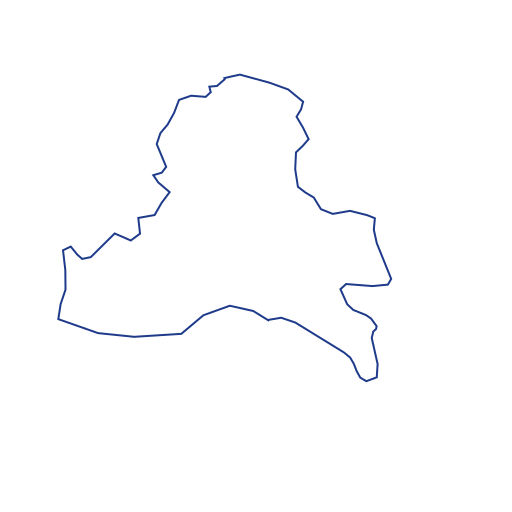 the District of Causeni, rotated 302°
{"feature_id": "MDA-1649", "entity_name": "Causeni", "entity_type": "District", "adm_level": 1, "iso_a3": "MDA", "parent_name": "Moldova", "parent_adm1": "", "projection": "equal_earth", "projection_center": [29.315, 46.605], "detail": "fine", "context": "isolated", "style": "outline", "palette": "blue", "viewbox_px": 512, "rotation_deg": 302, "n_neighbors": 0, "source": "natural_earth", "source_scale": "10m", "svg_char_len": 1231}
<svg xmlns="http://www.w3.org/2000/svg" viewBox="0 0 512 512"><g transform="rotate(302 256 256)"><path d="M217.1,422.7L208.3,415.9L208.1,408.9L211.7,402.4L216.4,396.1L219.8,389.6L220.8,381.7L220.4,324.6L217.0,310.1L208.6,300.6L208.0,300.6L208.0,300.4L207.9,282.8L199.9,260.1L177.9,242.8L150.4,233.9L122.9,195.5L106.9,162.9L97.7,121.8L111.7,115.8L126.5,112.3L143.1,101.7L158.6,89.3L165.8,93.9L162.5,103.6L161.4,110.1L167.5,116.5L200.2,124.2L202.8,141.6L213.5,145.8L225.9,136.0L237.0,148.3L251.0,147.8L264.4,148.9L266.6,134.1L270.1,126.1L276.7,131.9L284.0,132.6L298.3,112.5L309.5,109.8L320.7,111.4L334.0,110.7L347.6,108.0L357.5,116.0L364.3,129.0L370.9,130.8L374.9,126.7L379.5,132.8L389.3,135.8L390.1,134.9L390.3,135.1L395.2,140.0L401.3,146.3L410.1,175.5L414.3,195.1L411.8,214.2L404.2,216.5L395.6,216.6L389.8,227.8L383.0,238.7L374.2,237.3L365.1,235.0L350.3,243.3L336.9,254.9L336.0,264.3L336.2,274.0L330.1,286.3L332.4,298.8L344.1,311.8L349.5,328.5L351.0,336.5L351.0,336.8L340.7,342.0L330.9,351.6L308.2,382.8L301.6,383.0L292.2,370.7L280.0,347.3L272.6,345.2L263.4,358.9L261.8,367.1L264.2,380.7L263.9,386.8L260.4,395.5L257.7,396.5L254.1,395.5L247.8,397.6L228.8,416.4L217.1,422.7Z" fill="none" stroke="#1e3a8a" stroke-width="2"/></g></svg>